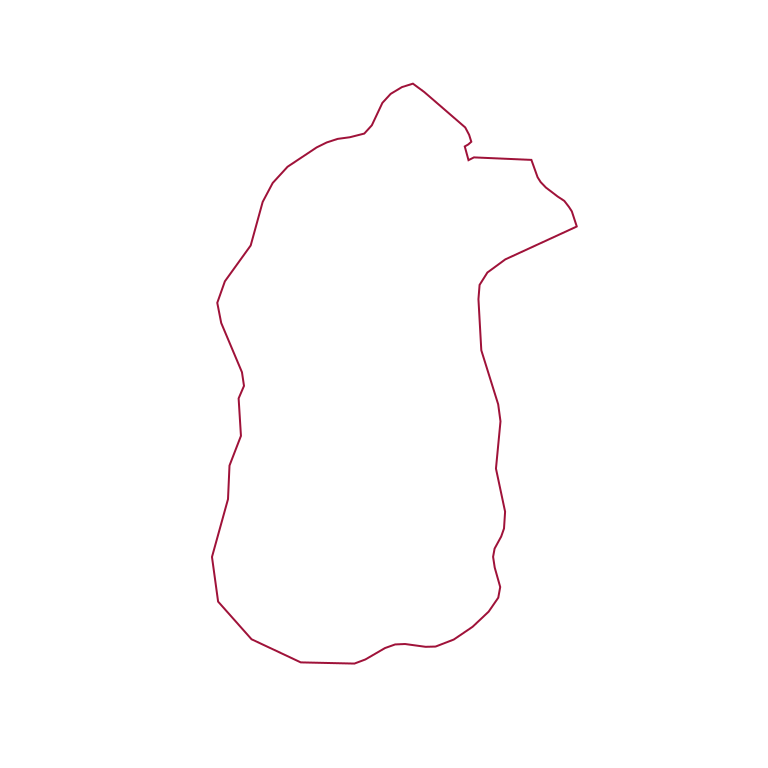 outline of Upper River, rotated 112°
{"feature_id": "GMB-2152", "entity_name": "Upper River", "entity_type": "Division", "adm_level": 1, "iso_a3": "GMB", "parent_name": "Gambia", "parent_adm1": "", "projection": "equal_earth", "projection_center": [-14.24, 13.404], "detail": "fine", "context": "isolated", "style": "outline", "palette": "rose", "viewbox_px": 768, "rotation_deg": 112, "n_neighbors": 0, "source": "natural_earth", "source_scale": "10m", "svg_char_len": 1040}
<svg xmlns="http://www.w3.org/2000/svg" viewBox="0 0 768 768"><g transform="rotate(112 384 384)"><path d="M165.8,264.3L223.0,318.2L241.9,329.9L256.3,332.5L270.0,328.2L316.3,306.4L360.1,270.5L375.0,262.0L420.5,248.5L457.0,223.9L473.0,218.6L481.5,218.2L495.2,219.8L503.4,218.1L512.7,212.6L528.7,200.2L539.3,198.0L555.9,201.7L575.9,210.9L594.8,223.6L608.1,237.8L612.1,247.0L617.2,267.1L621.3,276.1L622.9,277.9L628.5,284.2L646.4,298.1L654.3,306.7L673.3,356.9L670.3,411.2L647.9,456.3L608.8,478.7L549.2,485.5L517.5,496.7L485.7,497.2L451.8,513.4L438.2,513.1L426.3,520.1L388.4,557.8L371.2,569.0L348.4,570.0L305.5,559.5L260.6,564.7L239.3,562.5L218.7,554.8L189.9,535.1L181.5,527.6L174.1,518.8L168.0,508.1L159.2,496.1L148.7,492.2L123.9,490.8L112.5,486.5L102.0,478.6L94.7,469.7L98.2,456.1L115.7,404.8L121.1,398.4L126.7,393.8L130.3,395.6L133.5,398.1L144.8,389.5L140.2,385.5L121.0,331.3L134.8,319.0L138.1,314.4L141.2,307.5L145.1,293.3L146.7,285.4L150.5,278.9L153.6,274.5L165.7,264.3L165.8,264.3Z" fill="none" stroke="#9f1239" stroke-width="2"/></g></svg>